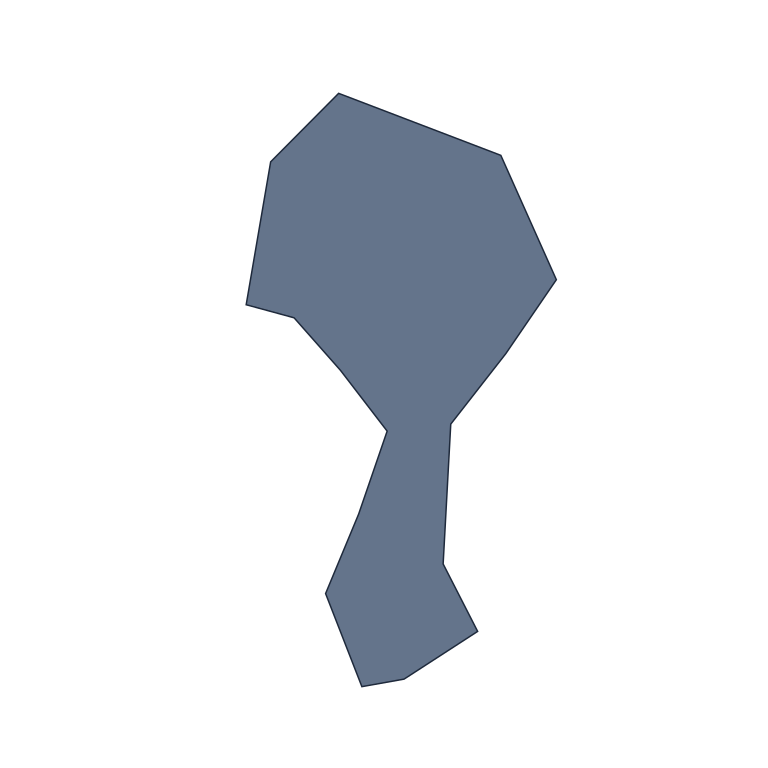 the Governorate of Al Muḩarraq, rotated 38°
{"feature_id": "BHR-4930", "entity_name": "Al Muḩarraq", "entity_type": "Governorate", "adm_level": 1, "iso_a3": "BHR", "parent_name": "Bahrain", "parent_adm1": "", "projection": "mercator", "projection_center": [50.643, 26.245], "detail": "fine", "context": "isolated", "style": "filled", "palette": "slate", "viewbox_px": 768, "rotation_deg": 38, "n_neighbors": 0, "source": "natural_earth", "source_scale": "10m", "svg_char_len": 374}
<svg xmlns="http://www.w3.org/2000/svg" viewBox="0 0 768 768"><g transform="rotate(38 384 384)"><path d="M169.3,182.9L335.3,131.9L455.6,195.7L461.3,285.1L461.3,374.5L541.4,489.4L610.1,521.3L581.5,604.2L552.9,636.1L467.0,585.1L444.1,502.1L415.5,419.2L341.1,400.0L272.4,387.2L226.6,406.4L157.9,278.7L169.3,182.9Z" fill="#64748b" stroke="#1e293b" stroke-width="1.5"/></g></svg>